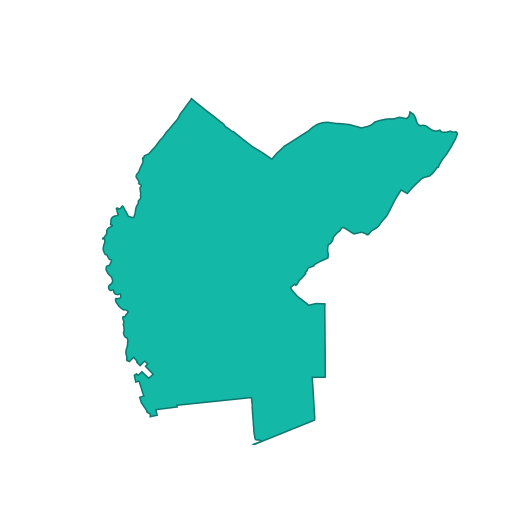 the district of Sanpetru, Brasov, Romania, rotated 19°
{"feature_id": "2599482B44201222248053", "entity_name": "Sanpetru", "entity_type": "district", "adm_level": 2, "iso_a3": "ROU", "parent_name": "Romania", "parent_adm1": "Brasov", "projection": "albers", "projection_center": [25.619, 45.713], "detail": "fine", "context": "isolated", "style": "filled", "palette": "teal", "viewbox_px": 512, "rotation_deg": 19, "n_neighbors": 0, "source": "geoboundaries", "source_scale": "gbopen_adm2", "svg_char_len": 6116}
<svg xmlns="http://www.w3.org/2000/svg" viewBox="0 0 512 512"><g transform="rotate(19 256 256)"><path d="M389.0,77.1L385.7,79.3L383.5,79.7L381.6,79.6L379.3,79.1L375.1,77.8L373.2,77.7L370.9,78.2L369.2,79.2L367.6,79.2L366.2,78.6L364.6,77.3L361.7,73.3L359.6,71.4L357.5,70.4L354.7,69.6L355.1,72.9L354.9,74.4L354.3,76.0L353.9,76.8L351.6,77.5L346.5,78.1L341.4,81.6L337.8,82.8L334.0,84.5L329.3,87.3L324.8,90.5L324.4,91.1L323.1,93.5L321.9,95.0L319.5,97.1L314.0,100.6L301.7,101.3L292.1,103.5L289.5,104.4L282.4,105.9L280.7,106.1L278.1,107.1L275.7,108.2L274.6,108.9L271.1,111.6L267.9,115.5L265.8,118.9L265.1,120.4L259.0,128.0L253.3,135.3L247.1,142.8L244.6,147.8L242.2,152.2L239.4,159.3L239.0,159.2L229.1,156.4L217.1,153.8L207.3,150.5L194.8,146.0L192.1,145.8L189.1,144.7L185.0,143.7L184.3,143.3L183.8,142.7L183.2,142.3L180.7,141.2L180.0,141.1L171.8,138.1L163.3,135.3L150.8,130.9L143.7,128.2L143.4,129.9L141.6,135.4L139.8,141.7L139.1,143.2L138.0,147.0L137.6,150.8L136.9,153.1L136.5,154.3L136.0,155.2L134.0,160.6L133.8,161.1L133.6,161.9L133.2,162.7L132.7,164.4L131.7,166.4L131.5,166.9L130.7,168.8L130.3,170.5L129.4,173.7L128.5,175.9L128.0,176.8L127.3,178.5L125.2,185.4L123.6,188.9L122.6,191.5L121.4,194.1L120.3,195.4L117.9,197.5L117.7,198.1L117.9,199.0L117.9,199.6L117.8,199.8L117.1,200.0L117.0,200.4L117.1,200.9L118.3,203.1L118.5,204.1L118.4,206.4L118.1,208.7L117.8,212.1L117.8,214.2L117.5,215.5L116.7,217.5L116.5,218.3L116.6,218.9L116.8,220.0L117.1,220.5L117.7,221.0L120.1,222.8L121.0,223.8L121.7,225.0L121.6,225.8L124.1,226.3L124.5,226.5L124.7,226.9L124.8,227.3L124.8,227.7L124.1,228.8L124.1,229.2L124.3,229.8L125.1,231.6L126.3,233.7L126.7,234.3L127.1,236.6L128.1,238.3L128.1,238.9L128.0,239.5L126.9,241.9L126.9,242.4L127.0,243.0L127.5,244.3L127.5,244.6L127.5,244.9L127.3,245.5L127.1,246.8L126.9,247.5L126.8,248.6L127.0,250.9L127.8,254.8L127.9,256.1L127.8,257.5L127.9,259.1L127.4,259.5L127.0,259.7L126.0,259.9L123.3,260.0L122.2,259.8L121.8,259.6L119.4,257.1L117.0,255.1L114.2,252.4L113.9,252.2L113.5,252.2L112.9,253.1L112.6,254.7L112.0,255.6L111.0,256.1L110.7,256.2L109.7,255.7L109.4,255.7L108.9,255.9L108.7,256.1L108.6,256.5L108.6,256.9L109.5,257.5L110.0,258.7L110.2,259.2L111.2,260.6L112.0,261.1L112.2,261.3L112.3,261.7L112.1,262.3L111.5,263.0L111.1,263.3L109.0,264.5L108.2,265.3L107.5,266.4L107.1,267.6L107.0,268.2L107.1,268.9L107.9,271.8L108.2,273.5L108.4,273.8L108.6,273.8L109.2,273.5L109.7,273.6L110.0,273.7L110.3,274.0L110.1,274.5L109.4,275.6L107.6,277.3L106.9,278.8L106.6,280.4L106.9,281.4L107.4,282.9L107.5,283.5L107.4,284.2L106.9,285.8L106.6,287.4L106.2,288.1L105.3,289.1L105.3,289.3L105.4,289.7L105.7,289.8L106.4,289.3L106.7,289.2L107.0,289.3L107.3,289.4L108.0,290.4L108.6,292.2L108.5,293.5L108.6,296.1L109.2,299.2L109.4,299.8L111.8,302.7L112.2,303.1L113.0,303.6L113.5,303.7L114.2,303.5L114.8,303.6L117.1,305.8L118.3,306.8L118.8,307.0L119.6,306.8L120.3,306.8L120.8,307.2L120.9,307.5L120.9,308.0L120.9,309.1L120.5,312.4L120.2,312.9L119.5,313.1L118.5,313.9L118.2,314.6L118.1,315.2L118.2,316.3L118.4,317.0L118.8,317.9L120.7,319.8L122.3,321.1L123.4,321.7L125.5,322.5L126.6,323.4L128.5,326.0L128.7,327.2L128.6,328.2L128.3,329.3L126.7,331.5L126.6,332.6L126.8,333.7L127.3,334.6L127.6,335.1L129.2,336.0L129.7,336.0L130.0,335.9L131.4,334.9L131.7,334.7L132.2,334.7L132.5,334.9L132.8,335.3L133.6,336.8L134.1,337.2L135.5,337.8L136.5,337.8L137.8,337.5L138.3,337.3L139.4,336.2L139.6,336.1L140.0,336.1L140.3,336.4L141.2,338.0L141.4,338.8L141.4,339.5L141.2,339.9L140.9,340.3L139.4,341.2L138.1,341.7L137.4,341.8L137.2,342.1L137.2,342.4L137.7,343.7L138.7,345.2L143.0,348.3L144.0,348.7L146.1,349.5L148.3,350.1L149.3,349.6L150.4,349.4L152.1,349.7L153.1,350.1L153.3,350.4L153.2,351.0L153.0,351.9L152.5,353.1L152.2,353.7L152.1,354.8L152.1,355.7L151.8,356.0L151.3,356.3L150.6,356.4L150.3,356.5L150.0,357.2L150.1,357.6L150.8,359.1L151.4,359.8L152.2,360.8L152.7,361.6L152.9,362.4L152.7,363.2L152.8,363.9L153.1,364.4L154.2,366.1L154.9,367.9L155.5,369.0L155.6,369.5L155.6,371.1L155.7,371.7L156.0,372.4L156.9,373.7L157.6,374.4L158.5,375.1L159.2,375.4L160.2,375.3L160.9,375.6L162.3,377.4L163.7,383.1L163.8,384.4L163.7,385.9L164.0,388.3L164.6,390.1L164.9,390.8L166.1,392.5L166.8,393.7L167.4,395.2L167.4,395.9L167.6,396.5L167.9,396.7L168.6,396.9L170.6,397.1L173.3,391.5L178.1,394.5L177.8,395.2L182.1,397.4L184.9,391.7L188.8,393.3L187.4,396.3L197.3,401.3L194.3,406.5L185.8,402.6L183.4,407.3L181.4,406.3L179.8,408.4L183.4,414.4L185.1,413.0L185.9,412.5L186.2,412.5L191.6,419.7L192.2,420.7L195.5,424.8L192.1,427.5L194.3,430.6L195.3,432.1L196.7,433.0L199.9,435.5L201.2,436.3L202.4,437.4L203.8,439.1L205.8,439.6L206.5,439.5L207.7,440.2L208.3,442.4L211.4,440.5L214.4,438.8L211.4,433.9L230.6,424.4L229.8,422.9L297.4,391.5L297.8,391.5L297.8,391.9L298.0,392.4L298.7,392.8L298.8,393.0L299.0,394.4L299.1,394.6L299.8,395.1L299.8,395.8L299.9,396.2L301.0,397.9L301.4,399.7L301.8,400.7L302.5,402.3L303.6,405.0L306.0,410.6L306.5,411.2L306.5,411.8L307.4,413.5L308.4,416.3L310.3,420.3L310.6,421.5L311.0,422.4L314.0,428.1L315.2,429.6L315.9,429.8L316.5,429.7L319.1,428.9L320.6,429.0L321.6,429.3L315.0,434.8L315.7,434.8L364.8,392.1L364.3,390.0L348.7,352.4L360.9,348.1L353.3,326.1L337.6,281.7L336.8,278.8L328.3,281.4L321.6,285.5L319.5,284.4L308.3,280.7L300.4,276.1L298.9,274.7L301.7,270.1L303.2,270.8L304.1,269.2L304.8,265.3L306.2,262.6L308.8,256.6L308.0,255.6L309.0,253.7L309.0,252.1L309.4,250.2L314.0,246.4L314.0,245.1L317.6,241.1L324.7,234.4L323.7,230.6L322.3,228.4L321.3,225.4L320.6,222.0L322.3,219.9L322.9,218.4L323.4,215.6L323.0,213.1L325.2,207.8L327.1,204.9L328.0,201.2L328.8,200.8L330.3,200.7L335.7,201.9L338.5,202.7L341.5,203.2L343.5,202.0L345.7,200.5L348.2,199.2L349.6,199.0L351.8,199.3L353.4,199.2L353.8,199.8L354.9,199.4L355.5,198.6L357.0,194.6L360.5,190.6L362.3,187.7L363.1,184.4L365.1,179.0L366.5,175.9L367.5,169.8L369.3,156.8L371.7,146.4L378.7,147.7L381.3,141.1L387.2,129.3L389.5,126.9L393.9,124.0L395.8,120.9L396.9,118.3L398.5,113.3L399.6,112.5L399.5,110.9L400.6,104.9L403.1,97.5L404.9,89.9L406.6,79.6L406.7,75.9L406.3,74.3L404.7,73.4L402.1,74.8L399.0,74.7L395.8,77.0L391.2,78.5L389.0,77.1Z" fill="#14b8a6" stroke="#0f766e" stroke-width="1.5"/></g></svg>